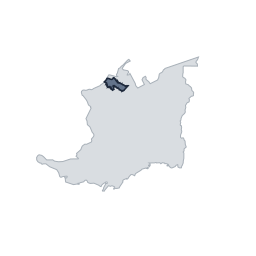 Inírida, Guainía, Colombia (highlighted), rotated 242°
{"feature_id": "7082276B88046455152973", "entity_name": "Inírida", "entity_type": "district", "adm_level": 2, "iso_a3": "COL", "parent_name": "Colombia", "parent_adm1": "Guainía", "projection": "natural_earth1", "projection_center": [-68.552, 3.202], "detail": "fine", "context": "in_parent", "style": "filled", "palette": "slate", "viewbox_px": 256, "rotation_deg": 242, "n_neighbors": 0, "source": "geoboundaries", "source_scale": "gbopen_adm2", "svg_char_len": 7377}
<svg xmlns="http://www.w3.org/2000/svg" viewBox="0 0 256 256"><g transform="rotate(242 128 128)"><path d="M144.3,39.0L142.2,40.0L138.0,41.2L135.2,46.6L133.2,47.6L130.8,50.8L129.0,54.7L127.6,62.8L124.1,69.6L124.4,69.9L125.8,69.6L127.1,68.8L127.6,69.1L128.1,70.3L129.7,70.6L131.0,76.1L133.4,78.9L133.7,80.0L134.0,82.3L133.1,83.7L132.8,88.8L133.6,90.0L135.4,90.5L136.7,93.7L137.4,94.4L138.6,94.9L141.2,94.4L146.1,94.9L147.2,94.8L150.0,93.7L153.4,95.1L156.0,95.3L162.9,104.8L163.6,104.5L164.5,105.1L166.3,104.1L167.8,104.0L169.8,104.4L172.4,104.4L177.6,103.5L178.4,102.9L181.3,103.5L182.2,104.2L182.6,105.9L182.2,107.0L181.2,108.2L180.7,109.6L180.6,111.3L180.1,112.6L179.1,113.4L178.8,114.6L179.0,116.2L178.5,123.4L178.9,124.0L179.2,126.9L180.4,130.7L181.0,131.8L182.0,132.7L183.9,135.9L183.4,136.9L178.7,141.9L178.4,143.0L179.4,142.5L180.8,143.0L181.3,144.2L184.9,147.6L184.8,148.9L185.8,151.5L185.6,152.1L188.1,159.5L188.2,161.0L186.1,161.4L186.1,156.5L185.8,155.5L183.5,151.1L183.0,150.8L181.4,151.3L178.9,154.5L177.7,155.0L176.7,154.5L175.8,152.6L175.1,152.2L174.5,153.9L175.3,155.3L164.0,155.3L161.8,154.7L158.7,155.4L158.7,162.9L164.0,163.0L165.5,165.1L165.4,166.8L165.6,167.5L164.3,167.8L162.5,166.7L159.1,168.1L156.7,168.4L156.5,176.6L158.0,178.7L160.9,180.9L161.3,182.3L161.1,183.8L161.8,185.5L162.7,186.5L162.7,187.5L163.2,188.7L157.6,223.6L155.6,221.4L154.9,219.5L153.9,218.7L152.0,219.3L150.0,218.4L156.5,206.5L156.3,205.5L150.8,202.6L150.2,201.9L147.6,200.3L146.2,200.8L145.4,201.5L143.4,201.8L141.8,200.5L139.9,199.7L137.6,201.7L136.9,201.7L135.3,202.5L133.5,202.9L131.2,202.0L129.4,202.6L128.1,202.5L127.6,201.8L126.0,201.1L125.8,200.3L126.3,198.9L125.6,196.0L125.3,195.5L124.1,195.5L122.6,194.4L122.3,193.8L122.6,192.6L122.3,191.6L120.9,189.3L119.0,188.7L117.1,186.8L115.2,186.1L114.3,184.8L113.5,181.7L111.5,179.3L110.1,178.4L109.7,177.3L108.2,177.2L106.3,175.6L105.5,175.5L104.9,176.2L103.1,175.5L101.6,174.3L100.0,174.0L99.0,173.3L97.1,171.1L95.1,170.0L93.9,170.4L93.5,172.0L92.9,172.3L90.6,171.9L90.2,172.2L89.6,172.2L86.7,170.9L83.9,170.5L83.2,167.7L81.4,166.7L80.9,165.4L79.7,165.6L74.9,163.0L72.9,161.3L71.2,160.3L69.5,158.3L69.2,157.6L67.8,156.4L68.5,154.9L70.1,153.8L72.3,154.7L72.5,153.0L71.8,151.5L72.1,148.0L72.7,147.2L73.9,146.6L74.6,146.8L75.1,146.2L76.8,146.5L77.3,146.3L78.7,144.9L79.2,143.8L79.8,143.9L81.3,142.0L81.0,140.2L82.4,139.8L83.8,136.7L84.4,136.6L84.7,135.2L87.2,130.2L86.3,130.7L85.3,130.4L85.5,128.7L85.2,128.5L84.4,129.8L83.7,128.5L83.9,126.3L82.8,126.7L82.8,126.2L84.4,124.6L85.1,120.9L84.6,119.6L84.3,114.0L84.0,112.9L82.7,111.5L84.8,110.0L85.5,108.8L84.6,106.3L83.4,104.2L83.3,103.0L84.1,103.1L84.4,99.6L83.7,98.3L82.8,98.3L80.1,93.2L79.2,92.1L79.9,89.7L80.7,88.6L80.6,86.8L81.1,86.8L82.3,88.5L82.8,88.3L84.6,86.7L84.7,85.2L86.2,83.6L84.1,78.4L83.4,77.6L84.3,75.9L84.8,76.0L85.6,77.6L86.9,78.7L88.8,81.6L89.6,82.3L89.0,82.9L88.9,83.6L89.1,84.0L90.2,84.1L90.7,83.3L90.4,79.7L89.9,78.0L88.9,76.7L89.3,76.2L91.2,75.3L95.3,72.0L96.7,68.8L97.8,67.6L99.0,66.9L100.5,67.1L101.6,66.7L102.0,65.6L101.3,63.5L102.1,60.4L102.1,58.9L102.7,58.0L102.5,57.6L101.0,58.7L102.5,56.6L103.6,53.3L109.6,47.6L113.4,49.0L114.6,48.9L113.0,49.6L112.8,50.5L113.4,51.3L113.9,51.6L114.4,51.0L115.7,47.7L115.9,45.8L116.5,45.2L117.3,45.0L121.1,45.8L124.7,45.5L130.5,40.7L134.9,38.7L136.0,36.7L136.3,35.2L137.1,34.7L137.9,34.7L138.4,33.8L140.5,32.6L142.6,32.4L144.9,33.5L146.0,35.5L146.1,36.9L144.3,39.0ZM76.9,145.9L76.6,146.1L76.1,145.7L75.9,145.1L76.2,144.7L76.6,144.8L76.9,145.9Z" fill="#d9dde1" stroke="#a8b0b8" stroke-width="1"/><path d="M168.7,132.9L168.7,133.3L168.7,133.5L168.9,133.4L169.0,133.3L169.2,133.5L169.6,133.6L170.0,134.3L170.3,134.4L170.4,134.5L170.5,134.4L170.7,134.5L170.8,134.4L170.9,134.5L171.3,134.5L171.3,134.4L171.6,134.4L171.7,134.5L171.8,134.4L172.0,134.5L172.3,134.8L172.2,134.9L172.1,135.0L172.1,135.3L172.0,135.5L171.9,135.4L171.9,135.5L171.7,135.6L171.4,135.6L171.3,135.8L171.3,135.7L171.2,135.9L170.9,135.9L170.8,136.1L170.7,136.0L170.4,136.3L170.4,136.2L170.4,136.3L170.2,136.3L169.8,136.5L169.7,136.5L169.4,136.6L169.2,136.7L169.1,136.8L168.9,136.8L168.8,137.0L168.7,137.3L168.4,137.5L168.3,137.4L168.2,137.4L168.2,137.5L168.1,137.4L168.0,137.5L167.9,137.7L167.8,137.8L167.7,137.8L167.6,138.0L167.4,138.2L167.3,138.3L166.9,138.3L166.8,138.5L166.5,138.5L166.2,138.2L165.9,138.2L165.6,138.8L165.4,138.8L165.1,139.2L164.8,139.2L164.7,139.1L164.4,139.4L164.4,139.5L164.0,139.8L163.9,140.0L163.7,140.3L163.8,140.4L163.7,140.5L163.6,140.4L163.4,140.2L163.4,140.3L163.2,140.2L163.2,140.3L163.3,140.7L163.2,140.8L163.1,141.3L163.0,141.5L163.1,141.9L163.1,142.0L163.1,142.3L163.3,142.5L163.6,142.7L163.6,142.8L163.6,143.2L165.3,148.0L165.4,147.9L165.5,147.5L165.4,147.3L165.5,147.2L165.3,147.1L165.5,146.9L165.5,146.7L165.5,146.4L165.6,146.2L165.8,146.2L165.7,145.9L165.9,145.7L165.9,145.4L166.0,145.2L166.5,145.3L166.6,145.2L166.7,145.3L167.0,144.9L167.3,144.8L167.7,144.7L167.8,144.6L167.9,144.4L168.0,144.2L168.4,144.1L168.5,143.9L168.6,144.0L168.8,143.8L168.8,143.7L169.0,143.7L169.4,143.5L169.4,143.4L169.5,143.3L169.5,143.2L169.8,143.1L170.0,142.9L170.1,143.0L170.1,142.9L170.3,142.7L170.6,142.4L170.8,142.4L171.0,142.3L171.2,142.2L171.3,141.9L171.5,142.0L171.8,141.7L171.9,141.8L172.0,141.5L172.2,141.4L172.3,141.2L172.5,141.0L172.5,140.9L172.6,141.0L172.8,140.9L173.0,140.9L172.9,140.8L173.0,140.8L173.1,140.7L173.3,140.6L173.3,140.4L173.5,140.3L173.5,140.2L173.7,140.3L173.8,140.4L174.9,140.8L175.3,140.8L175.3,140.6L175.5,140.4L175.5,140.2L175.4,140.0L175.5,139.9L175.3,139.7L175.9,139.6L176.0,139.7L176.5,139.7L176.7,139.9L176.9,140.0L177.0,140.0L177.1,139.8L177.3,139.5L177.5,139.5L177.5,139.4L177.8,139.4L178.2,139.1L178.4,139.0L178.5,139.0L178.8,139.1L178.8,139.3L179.0,139.3L179.2,138.9L179.1,138.6L179.1,138.3L179.1,138.2L178.7,137.8L178.6,137.7L178.5,136.9L178.4,136.7L178.5,136.5L178.5,136.4L178.6,136.2L179.1,135.8L179.1,135.7L179.3,135.5L179.4,135.4L179.4,135.2L179.5,135.1L179.8,135.0L179.9,134.9L180.1,134.8L180.2,134.6L180.3,134.6L180.4,134.4L180.5,134.4L180.7,134.2L180.9,134.1L181.1,133.8L181.2,133.7L181.3,133.5L181.5,133.4L181.5,133.2L181.4,133.2L181.5,133.2L181.6,132.9L181.6,132.7L181.4,132.6L181.4,132.4L181.2,132.0L180.9,132.0L180.8,131.7L180.7,131.6L180.6,131.3L180.6,130.9L180.5,130.7L180.4,130.3L180.2,130.2L180.1,129.9L180.0,128.9L179.9,128.7L179.4,128.9L178.9,129.3L178.3,130.1L177.9,130.2L177.8,129.8L177.7,129.6L177.4,129.6L177.2,129.5L177.1,129.4L176.9,129.5L176.8,129.4L176.7,129.4L176.8,129.2L176.7,129.0L176.4,129.6L176.3,129.9L176.2,129.8L176.3,129.5L176.3,129.4L176.1,129.4L176.1,129.5L175.9,129.8L175.7,129.8L175.7,129.7L175.8,129.5L175.9,129.4L175.8,129.2L175.7,129.2L175.3,129.3L175.2,129.3L175.0,129.2L175.0,129.3L175.1,129.6L174.7,129.5L174.3,129.4L173.9,129.4L173.7,129.3L173.6,129.2L173.6,129.3L173.6,129.5L173.5,129.8L173.6,130.0L173.3,130.2L173.0,130.0L172.9,130.0L172.7,130.1L172.7,130.3L172.8,130.4L173.2,130.6L173.2,130.8L172.8,130.5L172.6,130.5L172.7,130.8L172.6,131.0L172.4,130.9L172.0,131.2L171.9,131.3L172.1,131.6L171.8,131.6L171.5,131.3L171.4,131.3L171.6,131.7L171.6,131.8L171.4,131.6L171.2,131.7L170.9,131.8L170.6,131.4L170.4,131.3L170.3,131.5L170.5,131.7L170.7,131.9L170.4,131.7L170.0,131.8L169.9,131.8L169.6,131.7L169.4,131.8L169.4,132.1L169.2,132.4L168.8,132.1L168.6,132.1L168.6,132.4L168.8,132.8L168.7,132.9Z" fill="#64748b" stroke="#1e293b" stroke-width="1.5"/></g></svg>